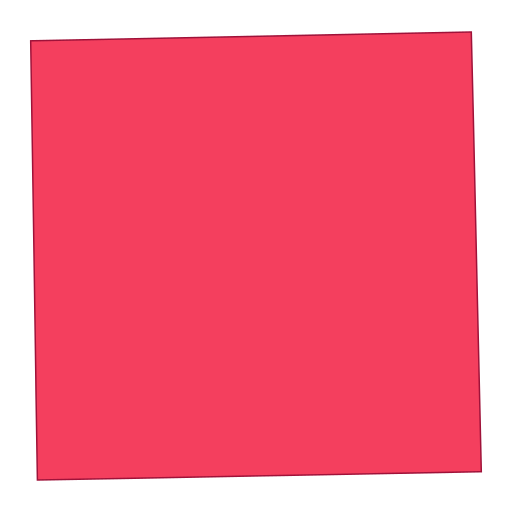 the district of Limay Mahuida, La Pampa, Argentina
{"feature_id": "61730980B5115619218657", "entity_name": "Limay Mahuida", "entity_type": "district", "adm_level": 2, "iso_a3": "ARG", "parent_name": "Argentina", "parent_adm1": "La Pampa", "projection": "natural_earth1", "projection_center": [-66.628, -37.241], "detail": "fine", "context": "isolated", "style": "filled", "palette": "rose", "viewbox_px": 512, "rotation_deg": 0, "n_neighbors": 0, "source": "geoboundaries", "source_scale": "gbopen_adm2", "svg_char_len": 357}
<svg xmlns="http://www.w3.org/2000/svg" viewBox="0 0 512 512"><path d="M37.4,480.0L131.6,478.3L262.3,475.8L285.8,475.4L481.3,471.7L478.6,352.8L477.3,295.8L474.6,173.7L473.4,119.8L471.3,32.0L395.6,33.5L36.9,40.7L30.7,40.8L30.7,41.5L32.6,163.7L33.9,248.4L34.7,302.4L35.8,376.0L36.0,392.9L37.4,480.0Z" fill="#f43f5e" stroke="#9f1239" stroke-width="1.5"/></svg>